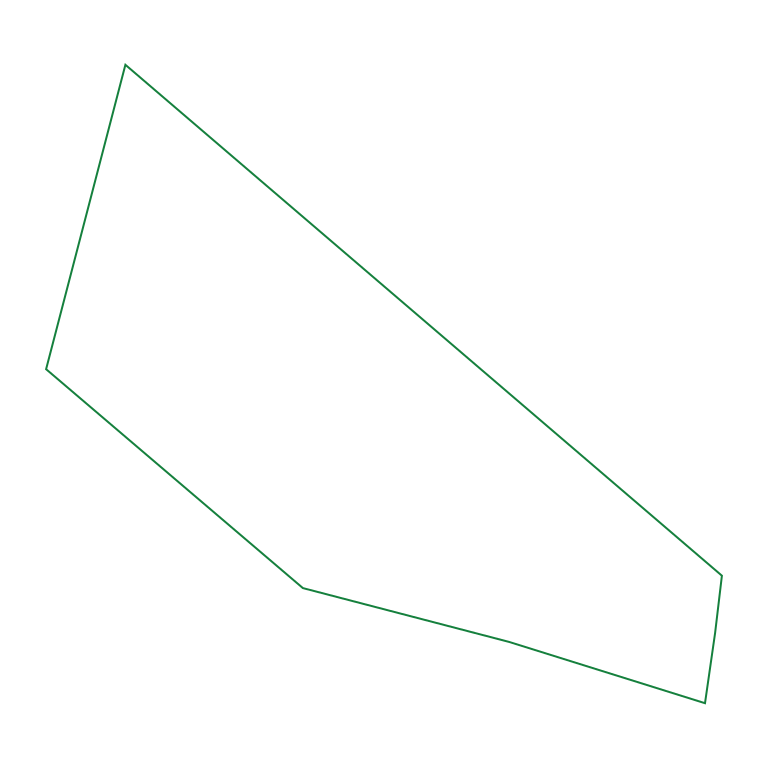 an SVG outline of Nibok
{"feature_id": "NRU-4974", "entity_name": "Nibok", "entity_type": "state/province", "adm_level": 1, "iso_a3": "NRU", "parent_name": "Nauru", "parent_adm1": "", "projection": "albers", "projection_center": [166.924, -0.513], "detail": "fine", "context": "isolated", "style": "outline", "palette": "green", "viewbox_px": 768, "rotation_deg": 0, "n_neighbors": 0, "source": "natural_earth", "source_scale": "10m", "svg_char_len": 220}
<svg xmlns="http://www.w3.org/2000/svg" viewBox="0 0 768 768"><path d="M46.1,369.2L125.4,64.8L721.9,575.7L715.1,633.0L705.0,703.2L509.0,641.9L302.9,588.1L46.1,369.2Z" fill="none" stroke="#15803d" stroke-width="2"/></svg>